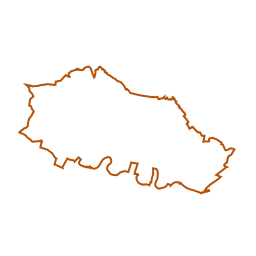 the district of Napradea, Salaj, Romania, rotated 275°
{"feature_id": "2599482B62683789744517", "entity_name": "Napradea", "entity_type": "district", "adm_level": 2, "iso_a3": "ROU", "parent_name": "Romania", "parent_adm1": "Salaj", "projection": "albers", "projection_center": [23.333, 47.354], "detail": "fine", "context": "isolated", "style": "outline", "palette": "amber", "viewbox_px": 256, "rotation_deg": 275, "n_neighbors": 0, "source": "geoboundaries", "source_scale": "gbopen_adm2", "svg_char_len": 5715}
<svg xmlns="http://www.w3.org/2000/svg" viewBox="0 0 256 256"><g transform="rotate(275 128 128)"><path d="M162.6,169.8L161.9,169.8L161.1,170.9L160.7,170.2L160.3,169.3L160.4,168.7L160.2,168.2L160.5,167.8L159.9,167.2L160.1,166.3L159.9,166.1L159.9,165.8L160.5,164.1L161.3,164.5L161.7,164.3L161.8,164.1L161.5,163.9L160.3,162.6L161.0,161.6L161.0,161.2L161.5,161.0L161.8,161.1L160.8,160.0L160.4,159.2L160.0,157.5L159.5,156.8L159.3,155.8L160.6,155.3L161.6,154.4L161.1,153.1L161.0,150.7L160.9,150.5L161.2,150.3L161.1,149.7L160.8,149.0L161.3,143.3L161.2,141.0L161.3,140.8L161.7,136.5L163.1,127.2L165.0,125.7L166.7,123.6L166.6,123.2L166.1,122.8L166.2,122.4L166.6,122.3L168.8,121.0L169.7,120.3L172.8,117.3L172.9,116.6L173.4,115.8L173.9,113.2L175.6,111.3L176.1,110.3L176.5,109.0L179.3,104.2L179.3,103.4L179.6,102.9L181.0,102.1L180.9,101.8L181.2,101.5L181.2,101.3L181.5,101.0L181.3,100.5L181.8,99.9L183.0,100.1L183.4,99.1L184.4,98.3L184.4,97.9L184.2,97.3L184.2,97.0L184.7,96.9L185.6,96.3L186.7,94.7L185.8,93.6L184.1,93.2L183.8,92.9L183.7,92.0L183.2,91.7L183.2,91.2L182.9,91.0L182.7,90.6L181.8,90.5L181.1,90.7L180.3,90.8L178.8,90.6L177.6,90.6L176.8,90.2L175.6,90.1L175.4,89.6L177.3,89.1L177.7,88.6L179.7,87.6L180.4,87.5L182.3,86.4L183.0,86.3L184.9,85.0L185.3,84.4L185.4,84.1L185.8,83.4L185.8,83.2L184.4,79.9L183.9,79.3L183.1,79.2L182.5,78.8L182.2,78.5L182.2,77.3L181.7,77.1L181.5,76.5L181.6,75.6L181.5,74.8L181.8,74.2L182.3,73.9L182.4,73.0L182.6,72.5L182.5,71.9L182.4,71.7L181.9,71.5L181.4,71.7L181.4,70.6L179.1,65.7L178.0,65.2L177.9,64.8L177.6,64.3L176.9,64.1L176.4,64.1L174.8,64.6L173.9,65.3L173.8,64.6L173.9,64.1L174.6,63.0L174.7,62.2L175.3,61.6L174.4,60.6L173.4,60.1L172.9,59.5L170.6,57.9L169.7,57.1L169.1,56.3L168.8,55.4L168.4,53.6L168.1,53.0L168.1,52.3L166.5,51.8L166.0,52.0L165.3,51.6L164.7,51.9L164.4,50.4L164.5,49.1L164.7,48.3L164.7,47.4L164.4,46.8L164.6,46.3L164.7,45.6L164.6,44.8L164.7,44.0L164.6,43.0L164.3,42.3L163.9,42.0L163.8,40.8L163.3,38.0L162.9,36.6L162.1,34.7L161.4,30.4L161.0,29.3L161.7,27.7L161.8,27.1L161.9,24.8L162.2,22.7L160.5,24.8L159.9,25.9L158.3,26.4L156.8,26.3L156.3,26.5L155.2,28.0L154.4,28.8L152.9,30.1L151.6,30.9L151.2,31.0L150.7,30.7L148.9,28.5L148.2,28.2L145.8,27.8L141.7,27.6L141.6,27.8L141.3,29.3L141.0,29.6L138.5,30.7L136.7,32.4L136.0,32.6L133.6,31.4L132.5,31.2L129.2,29.0L128.4,28.6L127.4,28.6L124.5,27.8L122.8,28.0L121.2,28.0L120.1,27.2L118.7,25.3L118.7,24.8L118.3,24.2L116.8,22.9L116.2,22.1L114.8,20.4L114.2,20.1L113.7,20.9L113.2,23.2L112.1,26.1L109.9,28.6L108.7,30.4L108.3,31.3L106.1,33.7L106.0,34.3L106.4,35.4L106.5,37.4L106.9,39.4L107.3,41.0L108.1,42.9L106.7,43.6L106.3,43.0L101.0,42.4L99.4,49.5L96.4,54.5L96.2,54.5L94.9,55.9L94.0,56.3L92.6,57.4L91.3,59.3L91.1,59.1L85.3,58.0L85.1,58.8L82.6,66.1L82.8,66.0L85.1,67.0L92.3,70.2L92.1,70.5L91.4,72.6L91.0,77.0L90.7,77.5L89.9,77.8L94.4,81.2L93.4,82.5L92.6,83.8L90.2,82.4L89.3,82.1L88.1,82.6L87.6,83.0L87.1,83.6L86.9,83.7L86.7,84.0L86.2,86.6L85.9,86.7L85.6,89.2L85.3,89.3L85.3,91.1L85.8,91.0L85.6,92.5L85.2,93.0L84.9,93.6L86.2,93.6L85.2,95.2L84.7,96.6L84.5,98.2L85.0,99.4L85.9,100.8L87.8,102.5L89.9,103.6L92.4,104.6L94.4,105.8L95.5,107.0L97.3,110.2L97.2,111.5L96.9,112.6L96.4,113.2L95.6,113.7L94.0,114.2L92.1,114.1L90.7,113.2L89.7,112.0L88.6,111.2L87.4,110.8L85.7,110.7L84.5,111.1L81.7,113.6L80.7,114.7L80.1,116.3L79.9,120.0L80.2,121.2L83.0,124.1L83.6,125.2L84.5,127.5L84.7,129.1L84.1,132.0L84.6,132.3L94.0,134.3L93.6,136.7L93.4,140.7L83.6,138.5L82.8,138.6L82.9,140.9L82.9,141.6L82.7,141.9L82.2,142.2L81.8,141.5L81.0,141.2L80.5,140.8L78.5,140.8L77.3,141.2L75.8,142.0L75.0,142.6L74.0,143.9L73.4,145.2L73.0,146.4L73.1,147.1L72.8,147.3L73.1,149.4L73.6,151.0L72.8,154.2L74.3,154.8L75.8,155.0L75.8,155.9L80.1,156.2L83.1,156.9L84.3,157.1L90.0,156.5L90.0,157.2L89.8,158.9L89.4,159.9L88.2,161.0L85.3,161.7L80.3,161.7L76.1,160.2L73.9,160.1L72.6,160.6L71.3,161.8L70.3,163.8L70.6,165.5L71.9,168.9L73.0,170.8L74.8,172.1L75.7,172.5L75.4,174.1L75.2,174.7L74.1,175.3L76.8,177.8L77.7,178.8L78.3,181.0L78.1,181.3L78.3,183.3L76.8,184.2L76.8,184.4L77.4,184.8L77.9,185.3L76.2,187.0L74.4,189.7L73.2,192.2L72.3,195.3L71.8,198.1L70.1,204.7L69.3,206.6L70.2,207.0L70.2,208.3L70.3,208.9L71.1,210.7L71.8,212.8L72.3,213.7L72.4,214.3L73.0,214.2L73.1,213.7L72.5,213.2L72.2,212.4L72.3,211.9L71.4,209.8L72.0,209.5L73.2,211.6L74.4,210.8L78.7,214.7L84.7,222.0L87.5,224.6L89.0,220.0L90.6,221.9L94.8,226.5L97.6,229.4L97.8,229.9L97.9,229.7L98.0,228.7L98.8,227.2L99.6,227.0L101.0,228.0L101.8,228.9L101.9,229.3L102.4,229.5L104.4,229.9L104.9,229.7L106.3,230.0L106.6,230.3L107.9,230.3L108.5,230.6L109.3,231.3L109.6,232.1L110.6,233.3L115.9,235.9L116.6,233.8L116.7,232.3L116.2,231.0L115.0,229.3L114.3,227.6L114.4,227.0L115.0,226.3L115.9,226.0L119.7,224.0L120.0,222.2L121.6,222.4L124.5,217.1L124.7,215.8L125.7,213.0L125.2,212.1L125.0,210.5L124.8,210.1L123.7,209.6L123.2,209.7L122.8,210.0L122.5,210.1L121.7,209.9L121.3,205.9L120.9,204.3L126.9,204.9L127.0,204.7L126.9,203.7L126.6,202.9L126.9,202.3L127.2,201.8L128.9,201.0L129.4,200.3L129.9,200.0L129.9,199.7L129.6,198.9L129.7,198.5L129.9,198.4L129.9,198.1L130.2,197.8L130.4,197.0L130.7,196.6L131.4,196.0L132.2,194.9L132.7,194.6L134.8,192.3L134.9,191.9L134.8,191.7L134.1,191.7L133.6,190.9L133.1,189.7L132.6,189.3L134.3,188.5L135.7,187.3L136.2,187.0L136.7,186.4L137.1,186.4L137.3,186.1L137.6,186.2L137.9,186.5L138.3,187.2L139.2,187.7L142.1,185.2L144.6,182.5L145.9,183.9L146.5,183.6L147.3,183.5L147.9,182.7L148.8,182.1L149.0,181.5L150.5,180.2L151.3,179.4L152.1,178.8L152.6,177.4L153.2,176.9L153.8,177.5L154.5,177.0L155.2,176.1L155.8,175.2L156.0,175.1L156.3,174.6L157.4,173.4L157.9,173.2L158.7,173.8L159.1,173.0L159.7,172.3L160.3,172.0L160.5,172.1L161.8,171.3L162.4,170.3L162.6,169.8Z" fill="none" stroke="#b45309" stroke-width="2"/></g></svg>